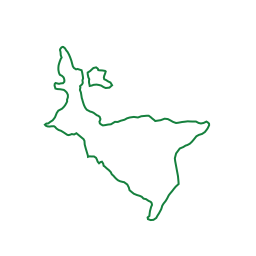 outline of Absheron District, Abşeron, Azerbaijan, rotated 255°
{"feature_id": "54616110B88432173472444", "entity_name": "Absheron District", "entity_type": "district", "adm_level": 2, "iso_a3": "AZE", "parent_name": "Azerbaijan", "parent_adm1": "Abşeron", "projection": "mercator", "projection_center": [49.449, 40.323], "detail": "fine", "context": "isolated", "style": "outline", "palette": "green", "viewbox_px": 256, "rotation_deg": 255, "n_neighbors": 0, "source": "geoboundaries", "source_scale": "gbopen_adm2", "svg_char_len": 3431}
<svg xmlns="http://www.w3.org/2000/svg" viewBox="0 0 256 256"><g transform="rotate(255 128 128)"><path d="M110.5,81.9L110.6,83.4L110.0,85.2L109.3,87.8L107.5,89.4L105.5,89.8L103.3,90.0L101.4,90.9L102.2,92.6L102.2,94.1L100.0,94.8L97.7,94.7L97.2,95.3L95.6,96.3L94.2,97.2L92.3,98.6L90.5,99.6L89.4,100.1L88.4,100.1L87.1,100.6L85.6,101.6L84.3,102.2L82.6,103.1L80.9,104.2L79.9,105.0L78.6,106.6L77.8,108.0L77.2,109.1L76.7,110.2L73.6,112.7L70.3,113.4L67.5,113.4L65.2,115.0L63.0,116.6L61.0,119.2L59.4,121.8L58.0,123.5L55.8,124.7L54.6,127.0L52.3,129.0L50.8,130.8L49.5,131.4L47.5,131.3L45.8,129.9L43.7,128.7L42.2,127.8L39.4,126.6L37.5,125.9L36.5,123.8L34.8,123.7L33.9,125.0L33.2,126.0L32.7,128.8L33.8,132.0L35.8,133.9L37.4,135.7L40.9,139.0L42.6,140.1L44.0,140.9L45.8,142.8L47.7,145.4L49.7,147.5L52.5,150.0L54.0,152.0L55.6,154.3L57.3,156.5L59.0,158.9L60.8,162.4L63.2,162.9L68.5,163.8L83.8,165.0L86.6,165.4L91.0,167.9L93.7,171.3L94.8,172.7L95.3,176.5L96.1,179.0L96.2,181.0L96.8,183.6L98.2,186.2L99.8,188.5L102.3,191.9L103.0,194.7L103.1,198.0L104.2,201.2L105.7,203.2L107.0,204.8L109.7,207.1L111.2,207.4L111.3,207.4L113.0,206.3L113.9,205.4L113.3,202.3L113.5,199.6L114.6,197.5L116.6,195.4L117.5,192.2L118.2,189.8L119.0,187.4L119.4,184.3L119.8,181.8L120.0,179.0L120.1,177.7L120.4,175.7L122.3,173.0L124.2,171.1L126.3,168.8L127.5,165.8L127.1,161.6L127.4,158.8L127.7,156.1L128.7,155.5L131.1,153.7L132.5,152.8L134.5,151.2L135.0,149.2L135.9,143.9L135.6,140.3L137.2,136.5L137.7,132.4L137.6,129.5L136.9,126.8L136.9,122.9L136.5,119.8L137.3,116.9L136.0,112.5L136.5,109.5L136.7,106.7L137.0,104.4L138.2,103.1L139.7,102.0L141.6,102.1L142.6,103.0L143.8,103.7L146.2,103.5L147.7,102.2L148.4,101.2L151.6,98.7L152.9,97.1L153.6,95.8L156.3,92.9L158.8,91.9L161.5,91.4L163.2,91.3L165.5,91.2L167.5,91.2L168.8,91.1L174.5,91.7L177.2,91.4L179.5,92.5L180.8,92.5L182.1,95.0L183.3,96.0L186.0,96.4L187.4,97.4L189.2,97.7L191.1,97.9L193.5,98.1L195.8,98.1L198.1,94.5L198.1,93.0L200.0,91.3L201.8,90.7L205.2,90.7L207.8,90.7L211.3,90.4L214.2,90.0L217.1,89.3L219.0,88.4L221.2,87.8L223.0,86.5L223.3,85.7L223.0,84.5L221.9,83.1L221.0,82.5L218.9,82.5L215.8,81.9L213.2,82.1L212.1,80.9L209.9,79.3L208.2,78.2L206.3,77.1L204.1,76.3L202.1,75.8L199.3,75.6L197.1,75.9L195.5,77.7L193.7,78.8L192.6,79.0L191.7,79.0L190.5,78.9L189.1,78.4L188.1,76.8L188.5,74.5L188.5,72.8L189.4,71.1L190.2,69.7L189.6,68.7L189.4,68.6L187.9,68.0L186.1,68.1L185.1,68.1L184.9,68.1L183.9,69.8L183.3,71.6L183.0,72.5L182.4,73.8L181.4,75.9L180.1,76.9L178.2,78.0L175.6,78.5L173.3,77.9L171.0,76.4L169.4,76.1L167.9,74.8L166.3,73.2L165.0,71.5L163.7,69.2L163.2,67.0L162.8,65.2L161.0,63.1L159.0,61.6L157.3,60.3L156.3,59.1L154.9,57.2L153.9,54.1L153.1,52.3L153.3,50.3L153.4,50.2L152.7,48.6L151.5,49.2L150.4,50.6L149.7,52.5L149.5,54.3L148.9,56.9L147.8,57.9L146.1,58.7L144.1,60.4L142.6,62.6L140.4,64.7L138.1,66.7L137.1,67.6L136.5,68.8L136.5,70.5L136.7,72.1L135.7,74.3L136.3,76.8L128.7,82.2L126.8,82.6L123.2,81.9L119.1,81.9L115.7,82.0L111.9,82.1L110.5,81.9ZM183.6,102.5L181.9,102.1L179.6,102.0L178.5,101.9L178.4,104.2L178.6,105.8L178.1,108.8L177.1,111.0L175.9,113.1L173.9,114.9L172.4,116.8L171.8,120.5L173.4,123.7L176.5,122.8L178.0,121.0L180.0,119.2L181.2,117.7L182.9,117.7L184.5,118.5L186.7,120.1L188.4,121.1L189.1,120.6L190.2,118.2L191.1,115.4L191.6,114.3L193.1,114.2L194.8,112.9L194.9,110.1L193.5,107.4L192.9,106.4L192.0,103.4L190.4,103.0L187.2,102.8L185.2,103.2L183.6,102.5Z" fill="none" stroke="#15803d" stroke-width="2"/></g></svg>